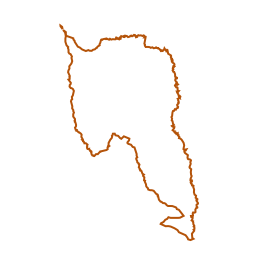 outline of Nova Mutum, Mato Grosso, Brazil, rotated 194°
{"feature_id": "56859067B34604900194854", "entity_name": "Nova Mutum", "entity_type": "district", "adm_level": 2, "iso_a3": "BRA", "parent_name": "Brazil", "parent_adm1": "Mato Grosso", "projection": "orthographic", "projection_center": [-56.149, -13.522], "detail": "fine", "context": "isolated", "style": "outline", "palette": "amber", "viewbox_px": 256, "rotation_deg": 194, "n_neighbors": 0, "source": "geoboundaries", "source_scale": "gbopen_adm2", "svg_char_len": 5802}
<svg xmlns="http://www.w3.org/2000/svg" viewBox="0 0 256 256"><g transform="rotate(194 128 128)"><path d="M134.6,221.5L135.4,221.6L136.1,220.8L138.0,221.0L139.9,220.3L140.5,220.5L141.0,219.7L141.7,219.4L142.0,218.9L141.5,218.4L142.2,218.0L142.7,219.0L144.3,219.3L144.1,219.8L144.7,219.8L145.8,218.2L146.8,218.0L147.1,218.4L148.0,218.0L148.4,217.1L150.0,216.2L151.4,217.0L152.6,216.4L152.6,216.9L153.2,216.9L153.6,216.6L153.0,216.0L153.4,215.4L153.9,215.3L154.2,216.3L155.5,215.4L156.8,215.5L156.9,213.7L157.3,213.4L157.8,213.8L158.9,212.4L157.6,212.3L157.8,211.9L160.5,212.0L160.6,212.4L160.1,212.6L161.0,213.0L161.4,212.9L161.4,211.2L161.9,210.9L164.3,210.5L165.7,209.7L167.1,210.2L167.7,209.1L169.3,209.4L170.7,209.0L170.8,209.5L173.8,208.1L174.3,207.3L175.2,207.4L175.5,206.8L175.5,204.0L175.9,202.3L175.5,201.4L177.3,199.5L177.6,198.2L178.3,197.8L179.1,196.4L180.9,195.4L181.9,194.1L184.0,193.7L185.3,194.0L187.5,192.5L191.5,193.1L194.2,194.4L196.4,194.8L200.6,198.8L201.0,199.8L202.3,200.6L202.8,201.8L210.1,202.5L211.0,203.9L211.5,206.0L214.7,207.4L212.4,205.7L211.7,204.6L210.5,201.9L210.4,199.7L209.6,196.5L207.6,193.3L205.6,192.1L205.7,191.2L204.7,189.7L204.0,187.0L202.9,186.0L201.6,185.8L199.7,183.8L199.8,182.4L198.3,179.4L198.5,176.9L199.9,173.6L199.2,171.5L199.7,169.4L199.6,167.6L197.0,164.3L197.3,163.4L196.7,162.7L196.5,161.3L197.5,160.6L194.4,158.0L194.3,156.8L194.9,155.7L194.7,154.0L193.3,152.9L192.3,153.0L190.9,152.5L189.5,150.9L189.4,146.2L190.0,144.6L189.1,142.4L189.7,141.6L189.8,140.1L187.3,135.6L186.9,133.5L185.4,132.1L185.1,131.0L184.2,129.9L184.5,128.2L183.9,125.8L181.7,124.0L181.3,122.8L181.6,122.4L180.9,121.5L181.1,121.1L180.2,120.4L179.1,118.4L178.9,116.9L179.5,115.5L178.3,113.6L177.3,113.7L177.3,112.9L176.8,113.0L174.8,111.8L174.4,112.0L172.3,111.1L171.4,110.3L171.1,108.1L169.2,106.1L169.7,105.5L168.5,105.0L168.4,104.2L167.2,103.7L166.6,102.6L165.2,103.0L163.3,102.1L163.5,101.3L163.1,100.6L163.3,99.8L162.6,98.2L162.2,97.9L160.8,98.4L160.8,97.9L159.2,97.1L159.2,96.6L158.7,96.3L158.7,96.8L157.8,96.4L157.6,95.9L158.0,95.6L156.8,93.5L155.8,92.7L155.0,93.0L154.3,92.5L153.9,92.6L152.7,94.9L151.0,95.3L149.3,98.5L148.8,98.4L148.6,98.8L143.6,101.4L142.6,102.5L143.1,103.9L143.0,105.3L142.4,105.2L141.8,106.0L142.7,106.4L143.2,108.9L142.3,112.5L141.4,114.2L141.3,115.8L141.7,116.5L141.3,117.0L141.3,118.8L139.5,119.3L138.4,117.9L135.6,118.0L133.4,116.4L131.9,115.9L130.0,118.9L124.1,118.0L124.0,116.3L125.0,114.1L125.0,113.4L123.9,112.7L121.0,112.5L118.9,110.8L117.0,110.7L113.3,104.8L113.0,103.3L111.9,101.8L112.7,100.6L112.2,99.4L111.2,98.3L110.6,96.9L109.0,96.2L108.9,95.6L108.1,95.3L108.0,92.4L106.6,91.3L106.6,90.7L105.7,90.3L105.8,89.7L104.5,89.5L103.0,87.2L101.3,86.6L101.9,85.7L101.7,85.1L100.2,84.1L99.8,81.2L98.7,81.0L98.8,80.1L96.9,77.7L96.3,76.0L95.4,75.1L94.1,74.4L93.5,73.2L91.6,73.0L89.7,73.4L87.9,73.3L84.7,70.9L83.5,70.7L82.8,69.3L82.5,69.6L80.7,66.0L78.6,64.4L77.7,64.5L75.9,63.6L74.5,63.9L73.2,63.6L71.8,62.5L70.3,62.0L66.1,63.0L62.5,62.6L61.9,62.4L61.0,61.1L59.0,61.0L58.4,60.6L52.8,56.2L55.9,53.5L57.4,53.0L65.0,51.1L67.2,51.2L68.0,49.3L69.6,48.0L70.8,45.4L72.9,43.6L73.1,42.8L67.8,41.8L65.0,42.6L62.8,42.7L58.7,42.0L55.2,40.9L53.4,39.2L46.2,37.9L43.8,36.0L42.7,34.5L40.2,34.4L37.7,36.3L39.0,36.9L40.4,40.9L38.9,44.3L39.8,45.2L39.1,46.0L39.2,46.5L39.6,47.8L40.4,48.2L40.0,49.1L41.4,50.6L41.8,52.1L42.4,52.7L42.3,53.3L43.9,53.7L43.4,55.5L43.7,57.3L44.4,56.8L45.1,56.9L45.6,57.9L44.3,58.3L43.8,58.9L44.6,60.9L44.4,61.8L42.8,62.0L42.2,62.8L42.9,65.1L42.5,66.8L41.5,67.4L41.5,67.9L42.6,68.8L42.9,70.2L41.8,71.5L42.0,72.2L44.0,74.0L44.2,74.6L43.4,75.2L43.5,75.8L45.5,76.7L45.6,78.8L47.3,79.5L48.5,81.6L49.0,84.4L50.5,86.6L50.4,87.7L51.0,88.0L52.0,87.8L52.7,89.3L53.4,89.4L54.1,90.5L54.0,91.0L53.0,91.5L53.0,92.1L53.4,92.6L54.2,92.0L54.7,92.2L55.0,93.6L54.6,96.8L55.4,97.7L56.4,100.4L56.7,103.3L58.4,104.2L58.9,105.0L58.5,108.4L59.3,110.0L59.0,111.6L59.2,112.0L60.4,112.5L62.0,112.3L62.5,112.6L63.2,114.0L63.3,116.1L66.7,117.6L67.5,118.5L67.8,119.4L66.6,120.1L66.2,121.4L67.6,120.7L69.1,121.0L69.3,124.8L70.5,127.1L73.1,129.6L74.8,130.5L76.1,130.5L76.1,131.9L77.4,132.7L77.4,133.2L77.9,133.1L78.5,135.0L79.6,134.0L80.1,134.8L80.5,134.4L81.8,135.1L81.7,136.0L82.4,135.9L84.2,136.7L83.2,138.9L83.2,140.1L85.1,140.1L85.9,140.6L84.2,142.1L85.4,143.1L86.5,145.5L87.4,145.9L87.5,147.8L88.5,149.1L88.1,150.2L88.6,153.8L88.5,155.3L87.5,155.8L87.1,157.5L86.0,157.4L85.7,158.7L84.5,159.6L84.5,160.7L85.6,161.5L85.9,162.5L85.1,163.8L85.4,164.7L84.9,164.9L85.4,166.3L86.0,166.8L86.3,168.2L86.7,168.4L85.5,169.6L85.0,169.5L85.3,170.0L84.8,170.6L84.8,171.2L85.6,171.7L86.4,171.2L87.3,172.8L88.8,174.2L88.5,174.6L89.2,175.2L88.0,175.5L87.7,176.1L88.3,176.0L88.9,176.6L89.7,179.1L90.1,179.4L91.0,179.1L92.7,180.5L92.6,181.1L91.7,181.6L90.5,181.8L90.1,182.4L91.9,182.9L91.5,183.8L91.8,184.3L92.6,184.5L93.8,185.9L93.8,187.1L92.5,188.0L92.6,188.6L94.6,189.1L95.4,191.7L96.8,193.6L97.6,193.5L98.7,194.8L98.2,195.8L98.9,196.5L98.4,197.8L99.0,197.9L98.9,198.9L98.1,199.2L98.6,199.6L98.2,200.0L98.3,200.9L98.8,201.6L100.6,202.3L100.8,203.2L101.1,202.7L101.4,202.9L101.4,203.4L101.9,203.8L101.8,205.4L102.0,205.8L102.8,205.6L103.0,206.4L103.7,207.2L103.5,208.2L103.9,208.8L107.0,209.8L108.6,213.2L109.0,213.3L109.4,212.3L109.6,212.7L110.1,212.4L111.9,214.1L112.0,212.6L113.1,211.7L113.0,211.1L113.8,210.8L114.5,211.3L114.8,211.0L115.0,211.6L115.9,211.6L116.7,212.4L118.0,212.4L118.2,212.9L119.7,212.6L120.3,213.0L121.0,212.2L122.5,211.6L123.8,212.2L125.4,211.3L126.4,211.7L128.3,211.5L130.4,210.9L131.6,212.0L131.7,213.0L132.5,213.7L132.9,220.3L134.1,219.9L133.8,220.8L134.2,220.8L134.6,221.5ZM157.3,213.4L156.8,213.2L156.8,212.8L157.2,212.8L157.3,213.4ZM218.3,211.0L218.1,210.4L215.4,208.1L216.4,210.2L218.3,211.0Z" fill="none" stroke="#b45309" stroke-width="2"/></g></svg>